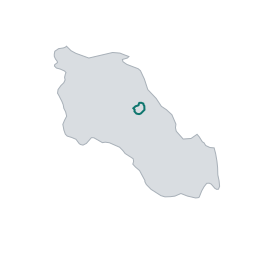 location of Peqin, Elbasan, Albania, rotated 138°
{"feature_id": "67620474B93113119561724", "entity_name": "Peqin", "entity_type": "district", "adm_level": 2, "iso_a3": "ALB", "parent_name": "Albania", "parent_adm1": "Elbasan", "projection": "robinson", "projection_center": [19.782, 41.055], "detail": "fine", "context": "in_parent", "style": "outline", "palette": "teal", "viewbox_px": 256, "rotation_deg": 138, "n_neighbors": 0, "source": "geoboundaries", "source_scale": "gbopen_adm2", "svg_char_len": 1720}
<svg xmlns="http://www.w3.org/2000/svg" viewBox="0 0 256 256"><g transform="rotate(138 128 128)"><path d="M80.9,77.1L81.0,73.6L82.0,68.0L81.4,66.2L82.0,63.0L80.2,58.7L77.3,55.6L80.1,50.2L84.2,43.7L88.0,38.5L92.6,33.1L95.6,27.9L98.9,23.4L101.7,22.0L103.1,23.0L103.8,24.9L103.7,30.7L104.6,32.7L106.5,34.2L110.7,33.5L115.2,32.0L121.3,29.0L122.4,29.2L124.6,30.8L129.4,37.7L132.5,43.9L138.7,46.0L142.2,48.4L146.6,52.1L148.8,55.7L151.9,66.9L152.2,73.7L151.4,76.8L150.6,77.6L147.9,88.6L148.6,94.2L148.6,97.9L146.2,99.4L144.7,101.7L147.2,110.9L146.9,114.8L147.1,119.3L151.7,129.5L154.4,132.7L156.8,134.2L159.9,143.6L161.7,145.3L169.2,144.4L172.9,145.4L174.4,147.6L174.7,149.2L174.2,154.4L176.1,158.5L178.6,162.7L178.7,165.3L177.0,169.4L174.0,174.3L170.0,176.2L165.7,177.8L163.6,181.6L162.5,185.6L160.6,188.6L159.4,191.8L157.6,198.5L157.1,201.0L154.2,203.4L149.6,204.4L145.4,204.6L142.6,205.8L141.2,208.1L138.6,209.9L137.0,210.7L137.0,212.8L138.9,217.1L141.1,220.5L141.2,223.3L140.1,224.1L136.7,223.8L136.0,224.8L135.7,227.9L134.8,230.6L133.4,232.2L131.0,234.0L126.5,233.4L122.4,230.7L120.2,229.9L119.0,230.0L118.6,223.5L116.8,218.4L110.3,206.2L88.9,194.4L83.9,189.1L81.7,184.7L79.5,180.5L81.6,180.4L83.7,181.4L86.3,182.7L87.4,180.6L86.3,176.0L80.8,165.3L80.4,162.3L83.1,153.4L87.6,143.3L87.3,131.1L88.7,121.8L87.2,115.9L86.5,108.5L89.8,98.8L92.6,96.4L94.3,93.3L94.4,82.9L88.1,78.0L80.9,77.1Z" fill="#d9dde1" stroke="#a8b0b8" stroke-width="1"/><path d="M103.6,130.5L101.1,133.5L100.9,134.9L100.3,135.9L101.2,137.8L102.8,139.1L104.2,138.5L104.6,138.0L105.5,138.0L107.8,139.1L110.8,139.1L110.8,137.2L112.1,136.0L112.1,133.1L111.0,131.5L110.2,130.7L108.6,130.2L103.6,130.5Z" fill="none" stroke="#0f766e" stroke-width="2"/></g></svg>